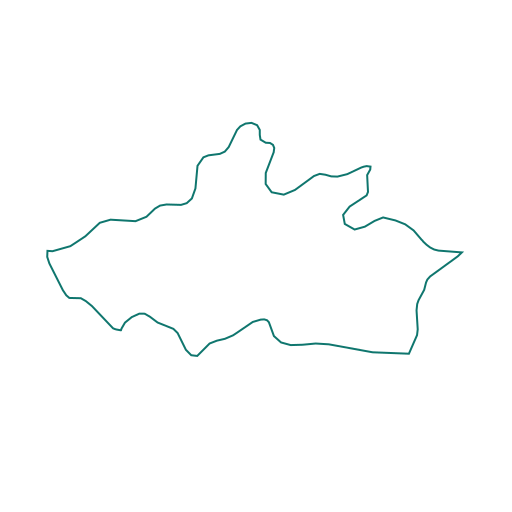 the border of Syunik, rotated 301°
{"feature_id": "ARM-1732", "entity_name": "Syunik", "entity_type": "Province", "adm_level": 1, "iso_a3": "ARM", "parent_name": "Armenia", "parent_adm1": "", "projection": "robinson", "projection_center": [46.179, 39.357], "detail": "fine", "context": "isolated", "style": "outline", "palette": "teal", "viewbox_px": 512, "rotation_deg": 301, "n_neighbors": 0, "source": "natural_earth", "source_scale": "10m", "svg_char_len": 1730}
<svg xmlns="http://www.w3.org/2000/svg" viewBox="0 0 512 512"><g transform="rotate(301 256 256)"><path d="M153.0,74.6L155.3,79.1L168.8,91.8L175.2,94.9L185.1,99.6L204.0,105.0L212.2,112.6L223.8,134.8L233.2,141.9L244.6,145.0L249.8,147.8L254.1,152.8L261.2,165.4L265.6,169.4L272.3,171.4L282.7,169.3L303.2,159.4L313.5,160.1L317.8,163.4L324.9,172.4L329.4,175.5L335.3,176.5L354.3,174.8L359.1,175.8L364.1,178.8L367.8,183.6L368.7,189.6L366.0,194.3L361.7,196.9L358.1,199.9L358.1,206.0L360.1,209.8L360.0,213.3L358.0,216.0L354.3,217.6L354.2,217.7L332.2,221.6L322.7,227.2L318.7,236.6L322.9,248.2L332.7,255.4L354.4,264.5L359.2,268.3L361.4,273.6L363.0,279.5L366.0,284.9L373.2,292.1L386.1,300.7L388.1,302.4L390.1,304.6L390.5,305.6L391.6,308.1L388.9,309.4L382.6,309.6L368.6,319.0L364.9,319.6L346.6,310.8L336.1,309.5L329.2,315.6L329.5,326.9L337.2,334.2L347.2,339.6L354.5,345.1L358.3,357.2L360.0,367.6L359.1,377.9L355.2,389.6L355.0,390.7L354.5,391.8L353.5,396.3L353.0,400.8L353.3,405.3L354.6,409.6L365.1,430.6L359.6,429.1L328.2,415.8L324.1,415.0L320.9,415.4L313.6,417.6L301.9,418.1L297.9,418.9L292.1,421.6L276.4,432.4L271.1,434.8L251.0,437.4L233.5,405.5L217.8,363.9L211.7,352.2L203.9,341.6L197.5,331.6L194.8,322.0L196.6,312.6L203.9,303.6L205.9,301.1L206.6,298.5L205.9,295.7L203.9,292.8L197.8,287.2L180.6,279.3L176.2,277.2L169.0,272.0L163.3,266.1L157.1,261.3L140.1,257.1L139.3,255.4L137.6,251.6L139.5,244.2L149.6,228.5L151.0,222.7L148.3,205.9L149.3,196.5L149.2,190.3L146.5,185.7L139.7,181.0L131.4,178.0L124.5,178.1L122.8,178.5L122.7,178.4L122.5,177.9L121.1,174.2L120.7,172.7L120.4,170.7L128.6,141.1L129.7,133.3L129.6,127.6L123.9,117.6L124.6,113.6L127.2,108.1L143.2,82.7L147.7,77.5L153.0,74.6Z" fill="none" stroke="#0f766e" stroke-width="2"/></g></svg>